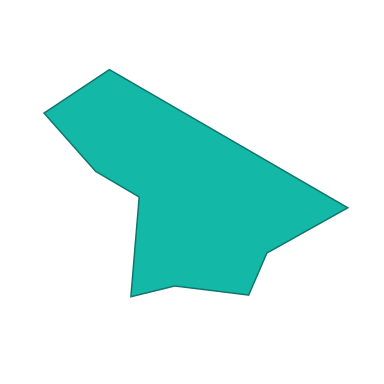 SVG path tracing the border of Kalkara, rotated 7°
{"feature_id": "MLT-5950", "entity_name": "Kalkara", "entity_type": "state/province", "adm_level": 1, "iso_a3": "MLT", "parent_name": "Malta", "parent_adm1": "", "projection": "orthographic", "projection_center": [14.531, 35.89], "detail": "fine", "context": "isolated", "style": "filled", "palette": "teal", "viewbox_px": 384, "rotation_deg": 7, "n_neighbors": 0, "source": "natural_earth", "source_scale": "10m", "svg_char_len": 283}
<svg xmlns="http://www.w3.org/2000/svg" viewBox="0 0 384 384"><g transform="rotate(7 192 192)"><path d="M95.1,80.6L348.5,188.7L273.8,243.4L260.8,287.4L186.2,287.4L144.1,303.4L140.2,203.4L93.9,183.3L35.5,131.7L95.1,80.6Z" fill="#14b8a6" stroke="#0f766e" stroke-width="1.5"/></g></svg>